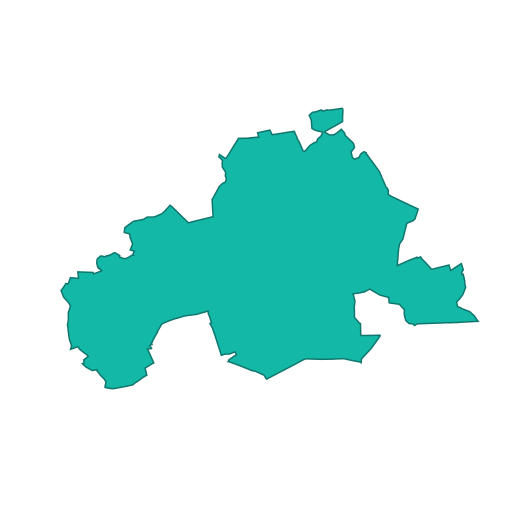 outline of Vecauces pag., Auces, Latvia, rotated 347°
{"feature_id": "27541924B96386945855845", "entity_name": "Vecauces pag.", "entity_type": "district", "adm_level": 2, "iso_a3": "LVA", "parent_name": "Latvia", "parent_adm1": "Auces", "projection": "mercator", "projection_center": [22.949, 56.481], "detail": "fine", "context": "isolated", "style": "filled", "palette": "teal", "viewbox_px": 512, "rotation_deg": 347, "n_neighbors": 0, "source": "geoboundaries", "source_scale": "gbopen_adm2", "svg_char_len": 5942}
<svg xmlns="http://www.w3.org/2000/svg" viewBox="0 0 512 512"><g transform="rotate(347 256 256)"><path d="M343.2,128.7L339.5,130.9L340.4,135.7L340.4,136.0L340.3,136.9L340.0,138.9L339.2,144.2L339.4,144.4L341.2,146.2L342.2,146.9L344.9,148.4L347.6,149.7L348.1,149.9L348.8,150.3L347.5,152.3L346.4,153.6L346.2,153.8L342.9,155.5L342.7,155.6L342.4,155.9L342.2,156.1L341.4,157.4L340.6,158.6L338.1,158.7L333.2,160.5L327.1,165.0L325.5,164.1L325.1,162.0L323.7,154.4L323.3,153.4L322.7,151.4L322.5,148.9L321.9,146.5L321.7,145.4L321.4,143.3L321.4,143.1L313.6,142.5L301.5,141.7L299.0,141.4L297.8,136.4L285.3,136.3L285.4,140.7L276.4,139.5L276.3,139.8L273.6,139.2L265.3,137.4L265.2,137.6L261.8,141.1L258.9,143.9L255.3,147.7L249.0,154.0L248.8,154.1L248.5,154.1L248.0,153.9L243.2,148.9L242.1,151.3L243.1,152.3L244.9,155.8L243.8,158.0L243.8,158.7L243.2,162.0L245.3,167.7L244.2,170.7L244.3,174.8L242.2,177.5L240.2,177.5L235.7,180.1L235.7,180.3L225.9,191.2L225.3,194.7L225.1,195.7L224.7,198.1L223.1,208.0L218.4,208.1L208.5,208.2L201.7,208.3L197.7,208.5L192.9,201.2L186.9,191.7L184.9,188.7L183.6,187.2L182.5,188.1L179.1,190.4L177.4,191.6L174.9,193.1L174.3,193.5L167.5,194.8L164.8,195.0L158.8,193.6L154.3,195.0L145.2,194.6L144.2,194.7L137.3,197.6L134.5,199.0L132.9,203.4L137.8,206.1L137.7,207.4L137.5,210.0L137.8,211.6L138.5,216.5L134.8,221.8L138.6,224.0L136.2,226.9L136.5,227.6L135.5,227.3L132.9,228.1L132.9,228.3L128.1,229.3L126.8,228.8L122.9,226.5L123.3,224.9L119.4,221.1L117.5,221.1L115.0,222.0L113.1,222.2L113.1,222.5L112.2,222.4L110.6,222.2L108.5,222.7L104.9,221.0L100.8,223.0L100.2,224.2L99.2,227.2L99.3,231.4L100.1,232.8L100.3,232.8L100.2,232.9L100.3,233.0L101.9,234.9L102.5,235.5L102.3,235.7L102.0,235.8L93.6,236.9L93.6,235.4L78.8,231.4L78.4,234.9L78.3,235.8L78.2,236.5L78.3,237.5L77.5,237.7L70.3,235.4L66.8,240.8L64.3,240.1L64.2,240.6L59.6,244.7L58.3,245.7L59.2,252.1L59.4,253.0L63.0,259.6L63.1,260.3L64.0,262.9L63.9,263.1L62.1,266.2L60.9,268.1L60.5,268.6L58.7,276.3L56.9,280.6L56.7,281.3L56.6,284.0L56.5,284.5L56.3,285.6L55.4,294.9L55.6,295.8L55.4,295.9L55.5,295.9L56.1,302.1L54.3,305.2L62.1,304.3L63.3,307.4L67.4,312.5L68.4,313.4L70.0,316.1L64.9,318.4L64.4,321.5L62.6,321.8L65.2,325.8L70.6,330.7L74.6,331.0L75.6,331.3L75.2,332.1L78.3,338.5L80.3,341.5L81.4,344.5L81.5,344.9L79.3,349.9L80.1,350.5L81.0,350.9L84.5,352.4L86.4,353.0L87.4,353.2L88.9,353.3L100.4,353.8L102.6,353.8L107.1,353.8L110.0,352.2L111.1,352.0L113.7,351.0L118.2,349.0L122.9,347.5L122.6,346.3L122.7,346.1L122.8,345.4L122.7,340.6L122.7,340.3L131.9,337.2L132.3,337.2L131.3,331.7L129.6,323.4L129.3,322.1L132.9,322.7L133.4,322.6L133.2,321.8L132.2,319.3L133.6,319.0L134.8,318.8L134.4,317.4L135.1,317.0L135.7,316.4L135.5,316.2L139.0,312.2L142.8,308.1L142.6,307.9L143.2,307.2L148.6,301.4L149.1,301.2L150.0,300.8L150.9,300.6L157.3,299.5L165.0,298.7L165.1,298.9L167.5,298.7L172.8,298.4L177.2,298.7L184.9,299.5L192.6,299.1L192.8,299.2L196.9,298.7L197.0,299.8L196.5,300.8L197.2,305.4L197.6,311.1L195.9,311.5L196.4,313.0L197.3,316.1L197.4,316.5L197.4,316.8L197.8,321.6L198.0,322.2L198.4,326.8L198.5,328.1L198.9,333.0L199.2,336.3L199.9,345.0L203.5,344.6L208.1,345.5L214.1,344.7L214.7,348.3L213.0,348.4L212.2,348.6L211.2,349.0L210.3,349.5L209.0,349.9L207.5,350.6L206.3,351.1L206.3,351.3L205.0,352.6L205.7,352.8L214.3,358.4L214.3,358.5L214.8,358.7L226.0,366.6L229.4,368.2L232.0,370.1L237.0,373.9L237.8,376.3L238.4,378.0L238.8,378.4L239.4,378.1L261.9,372.3L274.7,368.9L277.7,368.0L280.9,367.4L281.7,367.5L296.2,371.3L306.8,373.6L313.0,374.7L318.3,375.8L318.9,376.0L324.3,378.6L333.7,382.8L334.0,383.1L334.4,383.6L335.7,379.9L346.6,372.6L347.9,371.6L356.5,364.1L359.1,361.6L358.8,361.0L350.3,359.3L340.2,357.0L342.6,345.3L342.0,345.2L341.8,345.0L338.3,338.3L338.2,337.8L340.0,329.4L339.8,329.3L342.2,322.4L342.3,320.4L342.1,314.7L348.0,315.2L349.4,315.3L350.9,315.3L352.5,315.3L352.9,315.2L353.1,315.5L359.3,313.8L367.8,321.8L376.0,326.3L375.2,331.6L385.1,335.4L385.2,336.0L386.8,338.9L388.5,341.6L387.4,345.8L387.3,348.4L387.4,351.6L387.5,352.7L390.0,356.3L393.5,357.4L395.0,359.4L397.6,358.4L398.1,358.4L415.1,361.7L429.3,364.4L429.2,364.5L438.9,366.4L439.0,366.3L457.7,369.6L456.7,367.2L455.9,365.1L455.0,362.9L454.2,361.9L451.8,358.4L448.8,356.3L445.6,354.2L443.2,352.1L440.9,350.8L441.1,350.5L441.2,350.4L441.1,350.2L441.0,349.8L441.1,346.1L441.2,345.9L444.9,343.5L448.2,340.7L449.0,339.9L450.4,337.9L452.3,335.1L453.1,333.9L453.2,333.7L453.2,330.3L453.8,326.9L453.7,325.5L453.8,324.2L453.7,320.4L452.6,320.6L452.7,318.2L453.4,317.5L454.1,316.9L454.9,316.1L454.8,315.6L454.4,309.6L454.2,309.6L447.3,312.1L445.3,312.9L444.1,313.3L443.7,313.4L442.4,313.9L442.2,312.1L442.0,308.2L426.5,308.5L424.7,308.5L424.2,308.5L423.9,308.1L419.1,299.5L417.8,297.6L416.6,295.3L416.2,293.9L412.7,294.4L412.5,293.4L404.0,294.7L391.5,297.1L396.6,281.0L398.8,276.3L398.9,276.2L402.8,272.7L405.2,268.1L410.3,258.1L416.9,257.0L419.1,255.8L422.4,250.5L424.6,246.8L417.1,240.9L401.3,228.4L401.2,228.2L398.7,225.9L399.6,222.2L399.7,221.9L399.7,221.6L399.0,219.2L398.3,218.4L396.7,210.1L395.4,202.3L395.2,201.6L393.5,197.4L393.1,196.5L391.5,192.8L390.1,189.3L389.5,188.3L386.3,180.4L386.5,180.1L384.9,178.8L384.7,178.7L382.2,179.6L381.0,180.2L380.6,180.6L378.5,183.1L376.2,183.5L374.1,183.8L372.1,181.9L372.1,180.9L372.0,177.8L372.1,176.1L376.3,172.5L376.3,172.3L376.4,172.2L376.4,171.9L376.4,169.0L376.1,168.1L375.8,167.3L369.8,158.2L370.0,157.1L370.1,156.6L370.1,156.3L368.8,153.9L367.7,151.7L362.1,154.5L359.3,155.3L359.1,155.5L355.0,154.6L354.7,154.4L353.1,152.9L351.3,151.2L351.1,150.8L351.0,150.5L351.2,150.3L351.6,150.0L352.6,149.7L353.8,149.4L365.9,145.9L370.0,144.7L370.8,144.0L370.7,143.8L371.2,141.9L371.4,140.9L372.2,138.0L373.2,134.6L373.5,133.1L373.5,131.9L373.1,131.5L371.5,131.3L370.9,131.4L370.2,131.3L362.1,130.6L358.9,130.1L358.2,129.6L355.8,129.8L353.2,129.7L353.0,129.4L352.8,128.5L352.7,128.4L352.2,128.4L350.4,128.5L347.2,129.0L343.2,128.7Z" fill="#14b8a6" stroke="#0f766e" stroke-width="1.5"/></g></svg>